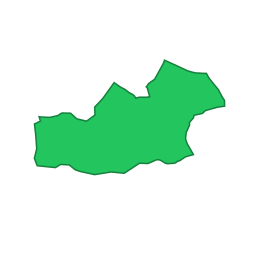 outline of Igbo-Etiti, Enugu, Nigeria, rotated 147°
{"feature_id": "59680162B4108100426512", "entity_name": "Igbo-Etiti", "entity_type": "district", "adm_level": 2, "iso_a3": "NGA", "parent_name": "Nigeria", "parent_adm1": "Enugu", "projection": "mercator", "projection_center": [7.419, 6.684], "detail": "fine", "context": "isolated", "style": "filled", "palette": "green", "viewbox_px": 256, "rotation_deg": 147, "n_neighbors": 0, "source": "geoboundaries", "source_scale": "gbopen_adm2", "svg_char_len": 1224}
<svg xmlns="http://www.w3.org/2000/svg" viewBox="0 0 256 256"><g transform="rotate(147 128 128)"><path d="M35.1,93.7L32.0,98.7L32.1,102.5L31.3,110.9L32.2,118.8L32.9,125.8L32.5,131.1L35.8,133.3L38.6,135.5L41.2,137.2L41.4,137.5L43.3,139.4L46.7,143.3L50.9,149.9L52.9,153.2L60.0,164.3L60.4,165.0L62.7,163.2L69.7,159.4L79.1,154.4L85.1,154.1L86.7,154.0L89.0,152.9L90.3,152.6L90.1,151.8L90.1,150.5L90.4,149.9L92.8,142.4L95.7,143.7L97.7,145.0L101.8,147.7L105.3,148.9L105.1,151.4L105.9,153.7L107.8,157.1L109.5,162.0L112.2,166.8L114.9,173.6L132.8,166.6L141.1,164.5L144.5,163.7L148.6,156.9L159.0,156.3L165.9,163.5L168.1,171.7L175.3,176.6L180.3,176.7L187.8,179.5L194.7,184.4L196.4,185.9L197.7,181.4L199.6,181.8L201.8,181.9L204.2,182.4L209.6,171.6L215.9,160.3L223.1,153.5L224.7,145.8L210.4,134.3L204.3,134.1L197.4,129.0L195.0,121.7L191.9,117.7L181.4,107.1L166.1,100.3L155.8,92.1L137.5,92.2L130.6,87.3L121.4,85.8L119.2,84.4L118.0,82.6L116.0,78.4L114.6,76.7L108.9,73.5L107.3,72.9L103.7,73.0L102.8,72.4L95.5,72.5L87.6,70.1L86.9,82.6L85.7,87.4L84.0,89.7L83.4,90.3L81.6,92.6L79.5,93.8L77.2,95.4L74.8,96.9L73.4,99.2L67.6,100.8L65.7,102.7L57.7,99.7L53.5,100.4L41.9,96.8L35.1,93.7Z" fill="#22c55e" stroke="#15803d" stroke-width="1.5"/></g></svg>